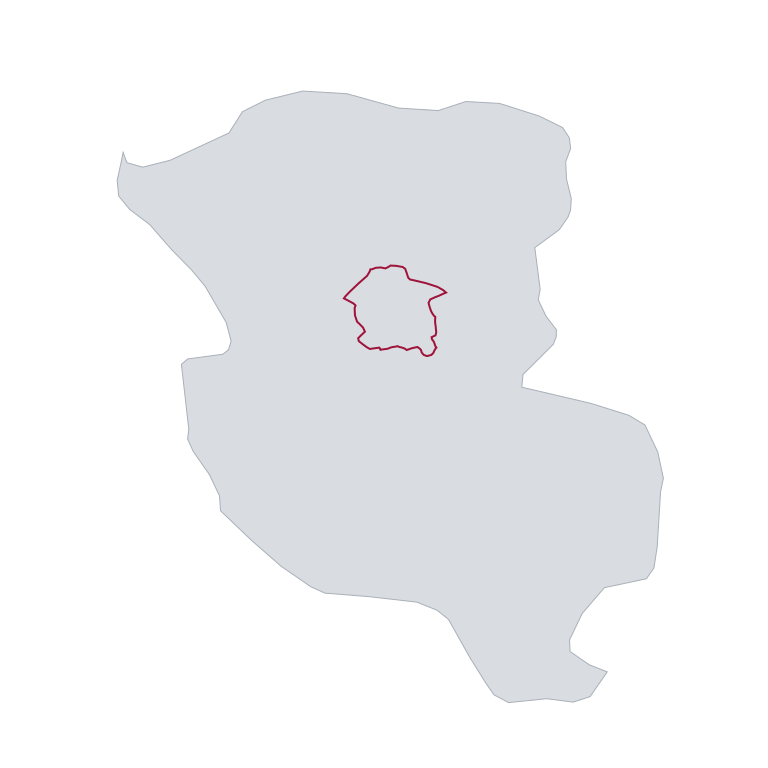 Kigali City highlighted on a map of Rwanda, rotated 279°
{"feature_id": "RWA-3495", "entity_name": "Kigali City", "entity_type": "Province", "adm_level": 1, "iso_a3": "RWA", "parent_name": "Rwanda", "parent_adm1": "", "projection": "natural_earth1", "projection_center": [30.091, -1.927], "detail": "fine", "context": "in_parent", "style": "outline", "palette": "rose", "viewbox_px": 768, "rotation_deg": 279, "n_neighbors": 0, "source": "natural_earth", "source_scale": "10m", "svg_char_len": 2415}
<svg xmlns="http://www.w3.org/2000/svg" viewBox="0 0 768 768"><g transform="rotate(279 384 384)"><path d="M299.1,198.6L308.7,198.3L371.8,180.8L378.1,186.3L388.2,220.2L393.6,225.1L402.4,226.3L420.1,218.5L452.6,192.0L466.7,175.9L483.4,153.3L504.7,127.8L516.6,105.6L528.2,92.5L543.5,88.6L560.3,89.6L572.0,90.1L562.4,95.4L560.4,111.7L571.5,137.7L607.7,191.6L630.8,201.6L645.8,222.5L660.6,257.8L664.9,302.0L658.8,355.2L662.5,394.7L675.8,420.6L679.2,454.2L672.9,495.5L665.2,520.3L656.2,528.5L645.9,531.5L631.9,528.7L614.9,532.2L596.4,540.0L584.8,541.1L577.6,539.6L563.9,533.0L542.3,511.6L502.1,523.4L491.2,523.2L476.5,533.3L464.5,545.8L457.2,546.7L449.7,545.0L415.1,519.8L402.4,520.6L397.2,591.4L391.4,630.7L384.3,648.2L359.5,665.1L334.6,674.7L320.9,674.0L266.0,679.3L244.5,679.4L232.7,673.6L217.3,633.5L188.2,615.6L160.3,607.3L148.9,609.6L138.8,630.6L134.6,649.5L107.5,636.5L99.4,620.6L98.6,593.7L88.8,556.9L94.2,541.2L104.9,531.0L127.3,511.6L161.5,484.6L168.9,471.7L173.7,450.3L171.5,400.5L168.2,358.4L172.3,343.4L187.9,310.9L208.8,277.6L233.2,242.4L247.9,239.0L267.2,225.7L287.7,206.0L299.1,198.6Z" fill="#d9dde1" stroke="#a8b0b8" stroke-width="1"/><path d="M428.1,430.1L427.4,429.5L425.5,428.8L423.9,428.2L422.6,428.0L420.1,426.2L418.3,422.1L418.9,418.8L421.0,416.3L423.4,415.2L424.4,413.9L425.8,411.3L423.8,406.1L421.1,401.1L422.1,399.3L422.6,397.2L422.9,395.0L422.9,393.7L423.0,393.1L423.5,391.6L422.6,389.2L421.8,386.6L420.9,384.5L420.0,383.2L419.4,382.1L418.6,379.5L417.8,376.6L417.2,375.5L417.3,375.0L418.1,374.7L419.2,373.7L418.0,369.7L416.4,364.5L417.7,361.1L420.1,356.5L422.4,352.4L425.2,351.3L429.1,354.2L432.7,357.0L436.5,354.4L439.7,350.1L441.3,347.7L447.2,344.6L454.4,343.1L457.2,343.6L458.8,341.2L460.8,335.5L462.3,331.0L464.6,332.2L469.4,335.5L479.1,342.9L488.2,350.4L493.0,352.3L495.1,352.6L495.5,354.4L497.5,357.7L498.6,362.6L498.4,367.3L500.2,369.9L502.0,371.9L502.6,377.4L502.5,384.1L501.1,386.9L497.1,389.1L492.9,391.2L491.3,393.3L491.1,397.2L490.2,409.4L488.3,421.6L486.0,427.7L484.0,431.0L482.1,427.9L479.9,424.7L477.9,421.2L474.8,416.5L471.2,415.3L467.7,416.8L464.6,418.4L462.9,419.4L460.8,421.1L459.1,422.8L458.4,424.1L457.4,424.3L456.5,424.3L454.2,424.6L451.5,425.2L449.8,425.8L447.9,426.3L446.2,426.7L445.2,427.0L444.4,427.3L442.6,427.5L440.1,427.2L438.7,425.2L437.7,423.7L435.6,424.4L434.0,426.2L432.2,427.4L429.4,428.8L428.1,430.1Z" fill="none" stroke="#9f1239" stroke-width="2"/></g></svg>